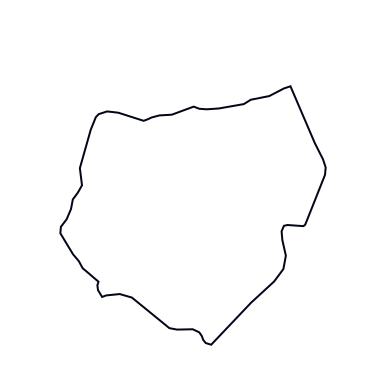 outline of Oudalan, rotated 112°
{"feature_id": "BFA-2805", "entity_name": "Oudalan", "entity_type": "Province", "adm_level": 1, "iso_a3": "BFA", "parent_name": "Burkina Faso", "parent_adm1": "", "projection": "natural_earth1", "projection_center": [-0.325, 14.611], "detail": "fine", "context": "isolated", "style": "outline", "palette": "ink", "viewbox_px": 384, "rotation_deg": 112, "n_neighbors": 0, "source": "natural_earth", "source_scale": "10m", "svg_char_len": 899}
<svg xmlns="http://www.w3.org/2000/svg" viewBox="0 0 384 384"><g transform="rotate(112 192 192)"><path d="M179.9,74.8L181.9,75.9L186.8,91.0L188.9,94.1L194.9,94.2L202.6,90.3L215.9,81.1L229.2,78.4L244.1,82.3L272.6,95.8L326.4,117.0L326.9,122.7L325.0,126.1L322.0,128.8L319.4,132.7L319.0,139.9L325.2,154.4L326.7,162.0L312.4,208.2L313.7,220.8L320.1,232.9L323.0,236.0L318.2,242.4L313.9,244.8L310.2,245.1L303.6,264.9L298.6,270.9L294.3,279.0L279.6,298.6L273.4,300.5L264.2,298.0L253.2,297.8L243.5,299.7L235.4,297.6L227.0,296.5L211.9,304.9L172.2,309.2L158.7,309.2L154.8,307.7L149.1,300.9L146.1,290.1L144.1,263.5L141.4,260.5L138.0,257.3L133.2,250.9L127.9,239.7L112.2,222.4L112.1,216.4L109.8,209.3L104.5,198.4L91.1,176.9L84.4,172.0L74.1,156.3L61.7,145.7L57.1,140.3L101.3,95.8L101.3,95.7L112.7,82.7L115.2,80.6L119.1,77.3L126.2,75.1L173.0,74.8L179.9,74.8Z" fill="none" stroke="#020617" stroke-width="2"/></g></svg>